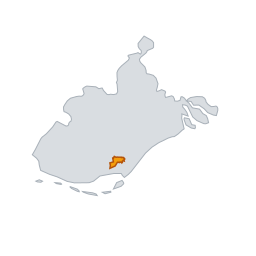 Medemblik, Noord-Holland, Netherlands shown in context, rotated 207°
{"feature_id": "6326949B12217524678561", "entity_name": "Medemblik", "entity_type": "district", "adm_level": 2, "iso_a3": "NLD", "parent_name": "Netherlands", "parent_adm1": "Noord-Holland", "projection": "mercator", "projection_center": [5.083, 52.79], "detail": "fine", "context": "in_parent", "style": "filled", "palette": "amber", "viewbox_px": 256, "rotation_deg": 207, "n_neighbors": 0, "source": "geoboundaries", "source_scale": "gbopen_adm2", "svg_char_len": 4170}
<svg xmlns="http://www.w3.org/2000/svg" viewBox="0 0 256 256"><g transform="rotate(207 128 128)"><path d="M155.4,217.2L151.5,217.0L147.9,216.9L146.0,216.6L144.0,215.7L143.0,213.8L141.9,211.6L142.2,210.2L145.6,206.2L146.1,205.1L145.8,204.6L146.1,202.8L148.7,196.9L149.0,194.5L147.9,192.9L146.2,191.9L140.7,190.1L138.1,187.6L136.9,185.5L135.7,184.9L133.9,185.6L129.4,186.4L125.7,185.2L121.4,181.1L120.4,177.5L119.9,174.6L118.8,173.7L117.3,175.1L115.5,177.4L111.8,177.7L110.8,177.1L110.6,175.9L110.4,174.7L109.4,173.1L108.3,172.3L103.7,176.5L102.0,176.5L99.8,174.9L98.7,173.3L96.3,174.2L94.2,176.2L94.9,179.9L93.8,180.5L91.2,180.2L88.2,178.7L84.9,177.8L79.8,175.2L72.8,177.3L67.9,174.8L63.9,174.6L61.4,172.6L58.6,169.3L60.6,167.1L62.4,166.3L69.9,165.9L75.3,167.2L85.0,174.5L87.4,174.4L90.0,173.5L88.7,171.5L86.3,170.6L82.6,168.6L79.8,165.9L86.5,165.0L85.6,163.6L84.7,161.2L77.6,152.7L78.8,150.5L80.6,145.5L82.8,141.4L84.6,140.3L87.5,137.4L93.9,128.9L97.9,121.9L101.0,113.6L105.4,90.6L106.7,86.7L108.8,82.3L111.5,83.2L113.3,84.4L119.9,81.1L131.2,72.5L134.5,65.1L137.8,61.6L150.8,54.8L158.0,52.8L169.0,52.3L177.0,51.1L186.6,50.6L190.3,54.8L192.4,57.9L195.8,59.6L201.1,60.7L200.8,66.8L200.8,78.7L200.4,80.8L198.1,85.8L195.6,94.7L194.9,100.6L194.1,101.7L184.1,101.6L182.6,102.7L182.4,103.9L182.9,105.4L182.7,106.9L181.9,108.1L182.3,110.1L184.1,112.3L187.3,113.6L190.7,113.8L192.4,113.5L193.7,115.1L195.0,117.5L194.9,120.5L194.4,124.6L192.8,128.4L188.1,132.7L186.0,134.2L184.1,135.0L183.1,136.1L182.7,137.6L182.8,138.8L186.1,142.3L186.0,143.1L185.1,144.9L183.8,146.6L175.3,150.1L171.8,149.8L169.8,151.5L169.1,151.9L166.9,150.3L161.9,148.4L160.1,149.1L159.0,150.1L155.9,151.3L153.7,153.2L153.7,155.7L157.6,162.1L159.0,163.3L159.1,165.7L161.0,168.7L163.0,172.4L163.2,174.8L162.9,177.2L161.9,180.6L158.5,188.6L158.5,190.1L158.7,191.2L159.9,191.6L160.8,192.2L160.5,193.2L154.1,198.7L153.3,199.7L150.6,199.4L150.2,200.3L150.6,201.8L151.6,203.1L153.9,203.8L155.9,205.2L157.4,207.9L155.4,217.2ZM88.2,178.7L87.6,181.0L86.1,183.5L81.1,187.2L75.9,189.6L73.2,189.3L71.3,188.0L70.3,186.7L67.5,185.4L63.6,184.8L61.2,186.2L59.5,187.5L58.0,187.2L56.9,186.2L56.0,184.5L54.9,179.2L57.8,178.3L64.0,177.9L68.8,179.7L75.2,180.6L80.0,178.1L83.8,180.3L88.2,178.7ZM77.7,157.1L81.4,160.5L82.2,161.5L82.4,162.7L77.7,164.0L72.7,159.9L69.4,160.9L68.1,158.9L68.1,157.7L71.6,156.7L77.7,157.1ZM113.3,74.2L109.5,78.6L107.2,77.4L106.5,76.4L107.7,72.9L113.3,67.0L113.3,74.2ZM130.0,54.2L126.4,54.7L124.8,53.8L133.4,51.2L138.8,50.5L139.7,50.8L130.0,54.2ZM152.9,49.5L145.4,50.5L142.9,49.7L142.5,49.0L144.5,48.6L150.9,48.5L152.9,49.1L152.9,49.5ZM121.7,59.1L114.7,63.8L114.1,63.0L118.6,59.0L121.7,59.1ZM183.5,41.6L180.0,41.8L181.0,40.1L184.3,38.8L186.0,38.8L183.5,41.6ZM168.3,46.2L163.0,48.3L161.7,47.9L162.0,47.3L166.7,45.9L168.3,46.2Z" fill="#d9dde1" stroke="#a8b0b8" stroke-width="1"/><path d="M128.3,88.7L126.7,86.6L125.8,83.9L123.1,87.2L122.2,88.3L121.9,92.5L121.6,92.8L121.4,92.9L121.4,93.0L121.2,93.1L120.9,93.1L120.7,93.1L120.4,93.2L120.2,93.2L120.2,93.3L120.1,93.5L119.9,93.7L119.8,93.9L119.7,93.9L119.6,94.0L119.4,94.1L119.2,94.2L118.9,94.2L118.9,94.3L118.6,94.3L118.4,94.3L118.1,94.3L117.8,94.3L117.7,94.3L117.6,94.2L117.5,94.5L117.4,94.8L117.5,94.9L117.5,95.0L117.6,95.3L117.7,95.5L117.8,95.7L117.8,95.8L117.9,96.0L117.9,95.9L118.0,95.9L118.0,96.0L117.9,96.2L117.7,96.3L117.4,96.5L117.2,96.7L116.5,96.8L116.7,97.0L116.8,97.1L116.7,97.1L116.8,97.2L116.8,97.3L117.0,97.4L117.0,97.5L116.9,97.9L116.9,98.0L116.8,98.3L116.8,98.5L116.8,98.8L117.0,99.1L117.7,99.1L117.8,99.3L117.7,99.3L117.8,99.4L118.0,99.5L118.3,99.6L118.5,99.7L118.9,99.6L119.0,99.5L118.9,99.4L119.0,99.4L118.9,99.4L119.1,99.3L119.4,99.3L119.5,99.3L119.8,99.2L120.0,99.2L120.4,98.7L120.6,98.6L120.8,98.6L121.0,98.7L121.0,98.8L122.4,98.1L123.1,97.7L123.7,97.5L124.4,97.2L124.7,97.0L124.7,96.9L124.8,96.8L124.9,96.7L125.0,96.7L125.3,96.6L125.5,96.5L125.7,96.4L125.8,96.4L126.0,96.4L126.3,96.4L126.5,96.4L126.6,96.5L126.8,96.5L127.0,96.5L127.3,96.5L127.4,96.4L127.4,96.2L127.3,95.9L127.3,95.7L127.3,95.0L127.3,94.9L127.3,94.7L127.5,94.7L127.8,94.7L128.0,94.3L125.6,91.2L128.3,88.7Z" fill="#f59e0b" stroke="#b45309" stroke-width="1.5"/></g></svg>